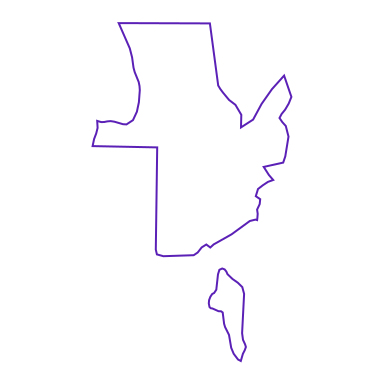 the border of Davao del Norte
{"feature_id": "PHL-2591", "entity_name": "Davao del Norte", "entity_type": "Province", "adm_level": 1, "iso_a3": "PHL", "parent_name": "Philippines", "parent_adm1": "", "projection": "albers", "projection_center": [125.674, 7.446], "detail": "fine", "context": "isolated", "style": "outline", "palette": "violet", "viewbox_px": 384, "rotation_deg": 0, "n_neighbors": 0, "source": "natural_earth", "source_scale": "10m", "svg_char_len": 1416}
<svg xmlns="http://www.w3.org/2000/svg" viewBox="0 0 384 384"><path d="M257.1,220.1L255.5,219.6L249.8,221.0L231.6,234.3L213.7,244.4L210.3,247.5L206.3,244.5L201.7,247.4L197.7,252.5L193.7,255.2L163.4,256.2L156.9,254.4L155.8,249.6L157.2,147.4L92.6,146.1L94.1,139.0L96.2,133.5L97.6,127.9L97.2,120.9L101.2,122.1L104.3,122.0L107.2,121.4L110.6,121.1L114.4,121.7L123.0,124.2L126.5,124.4L132.9,120.2L133.0,120.1L136.9,111.7L138.9,102.2L139.8,90.1L139.5,86.0L138.7,82.0L134.7,72.1L133.5,67.6L132.1,57.4L129.8,48.4L118.7,23.1L209.9,23.4L218.2,85.5L220.3,89.0L222.9,92.5L229.1,100.0L235.4,104.8L241.3,114.8L241.0,127.4L253.1,119.6L261.6,103.9L272.0,89.1L284.1,75.6L291.4,96.9L288.7,103.6L285.1,109.7L281.6,114.0L279.5,118.0L282.3,122.1L285.8,126.0L288.5,136.6L285.3,156.3L283.2,162.6L263.7,166.9L268.9,175.0L273.2,180.0L267.9,181.9L262.8,185.3L258.0,189.0L255.8,196.2L260.2,199.2L259.7,204.1L257.1,209.6L257.7,213.8L257.4,217.7L257.1,220.1ZM245.1,344.4L245.9,347.0L244.7,350.3L242.9,353.8L240.8,361.0L238.0,359.5L233.7,353.8L231.2,347.8L229.0,334.9L225.1,327.1L224.1,323.8L222.7,312.5L221.1,311.3L218.5,311.2L212.5,308.5L210.7,308.2L209.5,307.0L208.8,303.4L209.1,300.1L210.4,296.7L212.2,294.0L214.1,293.0L216.3,289.7L218.0,274.3L219.4,269.8L222.2,268.5L224.6,269.4L226.3,271.5L227.5,274.2L232.4,278.9L237.8,282.7L242.3,287.1L244.1,293.9L242.1,333.2L243.0,339.8L245.1,344.4Z" fill="none" stroke="#5b21b6" stroke-width="2"/></svg>